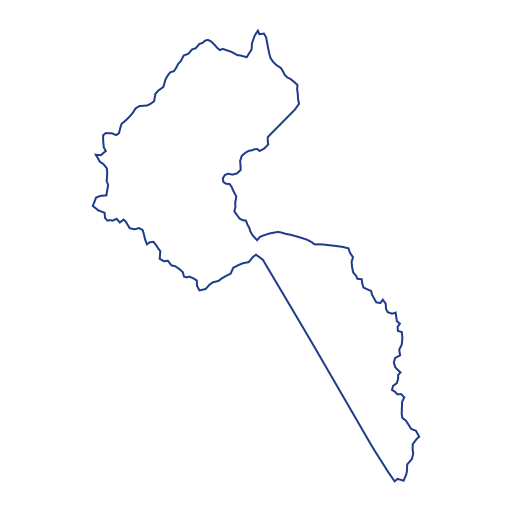 Mairipotaba, Goiás, Brazil
{"feature_id": "56859067B33960299529062", "entity_name": "Mairipotaba", "entity_type": "district", "adm_level": 2, "iso_a3": "BRA", "parent_name": "Brazil", "parent_adm1": "Goiás", "projection": "equal_earth", "projection_center": [-49.457, -17.326], "detail": "fine", "context": "isolated", "style": "outline", "palette": "blue", "viewbox_px": 512, "rotation_deg": 0, "n_neighbors": 0, "source": "geoboundaries", "source_scale": "gbopen_adm2", "svg_char_len": 3190}
<svg xmlns="http://www.w3.org/2000/svg" viewBox="0 0 512 512"><path d="M105.0,217.9L107.4,220.6L110.1,220.2L112.9,220.6L116.6,218.8L119.8,222.5L123.6,219.6L126.0,222.0L129.7,228.2L134.4,229.3L139.1,228.1L142.7,230.1L143.9,234.4L145.2,239.8L146.9,244.3L149.8,242.3L153.4,241.8L155.9,244.9L158.4,248.7L160.3,251.2L159.7,258.8L164.0,261.3L167.8,260.7L171.5,265.4L175.2,266.2L179.7,269.3L182.8,272.2L184.0,276.6L186.6,277.4L189.2,276.6L193.1,278.2L196.8,280.5L197.0,285.9L199.5,290.4L205.6,289.0L209.6,284.6L212.7,282.4L218.6,280.9L221.0,278.9L226.1,275.9L230.6,273.7L233.3,267.7L239.5,264.6L243.1,263.2L248.8,262.1L253.0,256.9L256.0,254.7L262.9,259.8L300.4,323.1L315.9,349.5L370.8,444.3L372.7,447.4L374.3,450.1L388.2,472.0L394.6,481.3L397.6,478.9L403.6,480.7L406.3,474.3L407.0,470.6L407.2,464.4L411.9,459.0L413.2,453.8L412.6,449.1L412.8,444.1L416.5,439.1L419.2,436.7L415.9,430.7L411.2,429.0L408.2,424.2L405.7,420.4L402.5,418.2L401.7,414.3L402.1,401.8L404.3,397.4L401.1,394.1L397.3,394.3L395.2,391.9L392.0,390.0L393.1,385.8L396.7,383.3L398.1,379.0L398.2,374.9L400.5,372.4L397.4,369.5L395.3,367.3L393.8,362.5L395.1,358.0L400.1,355.3L399.2,349.7L401.8,344.5L402.4,337.7L401.8,332.1L397.9,330.9L397.6,326.8L399.9,323.7L396.9,321.2L395.6,312.6L392.0,313.7L387.6,312.1L386.0,308.8L385.7,303.7L382.8,299.7L380.3,303.0L376.3,302.4L372.1,294.8L371.1,291.0L367.9,289.6L363.4,287.5L362.3,283.6L361.7,279.2L357.4,278.8L356.1,275.9L353.2,272.5L352.1,267.2L351.6,261.9L353.0,257.2L350.1,253.0L348.4,248.3L342.1,246.8L334.4,245.8L322.1,244.4L314.4,244.3L311.8,242.2L306.8,239.6L298.6,237.0L290.8,234.8L286.3,234.0L281.5,232.6L277.9,231.9L269.8,233.4L263.2,235.5L259.8,237.0L257.1,240.2L252.9,235.7L250.3,231.4L249.4,228.1L247.5,224.7L245.9,220.6L242.6,220.2L239.5,218.5L236.5,214.4L234.3,211.3L235.4,207.2L235.2,202.9L236.3,196.6L233.2,190.6L231.6,186.9L229.6,184.0L226.1,183.8L223.4,182.0L222.8,178.3L224.9,175.0L228.1,173.7L232.5,174.6L236.9,173.5L240.6,170.0L240.6,166.5L240.1,161.1L241.7,156.0L245.3,152.8L248.8,150.8L251.8,150.4L254.6,149.2L257.3,149.1L259.6,151.0L264.1,148.7L268.2,144.5L267.7,140.7L267.8,137.1L270.3,134.5L294.9,109.6L299.0,103.8L298.0,98.8L297.8,94.1L297.1,89.3L297.5,85.0L294.6,82.3L290.2,78.8L287.7,77.7L284.7,74.9L282.9,71.2L280.9,68.0L276.3,65.0L273.2,61.9L270.6,58.3L269.3,53.8L268.3,49.0L266.1,37.3L263.9,33.6L259.4,34.2L257.9,30.7L254.7,35.6L253.3,39.5L252.0,43.2L251.6,49.4L246.7,57.2L240.5,55.5L237.3,55.1L231.7,52.0L226.3,50.1L222.7,48.9L220.0,50.1L217.3,48.0L214.3,44.5L211.1,41.4L207.9,39.9L205.2,40.6L202.3,43.1L199.4,43.9L195.7,48.3L192.2,49.3L188.3,53.8L183.7,55.5L180.7,61.2L178.2,63.9L176.3,67.6L174.0,71.1L170.1,72.4L167.5,75.9L165.6,79.2L163.3,87.0L158.4,90.5L155.4,93.8L154.1,101.2L150.4,103.9L147.1,105.5L139.4,106.1L135.7,108.3L132.7,112.9L129.7,116.5L125.5,120.6L121.6,123.8L120.4,127.5L119.0,133.1L116.3,135.1L111.7,133.3L105.8,133.1L103.1,135.3L103.2,141.1L103.8,147.3L105.8,151.0L103.5,152.9L100.9,155.2L95.8,154.8L97.8,158.1L99.8,161.7L103.5,164.2L106.8,168.3L107.2,172.7L107.0,177.0L106.6,180.9L108.2,185.1L107.1,190.7L106.4,195.4L100.9,195.8L96.1,197.5L92.8,206.0L98.4,210.4L104.6,212.8L105.0,217.9Z" fill="none" stroke="#1e3a8a" stroke-width="2"/></svg>